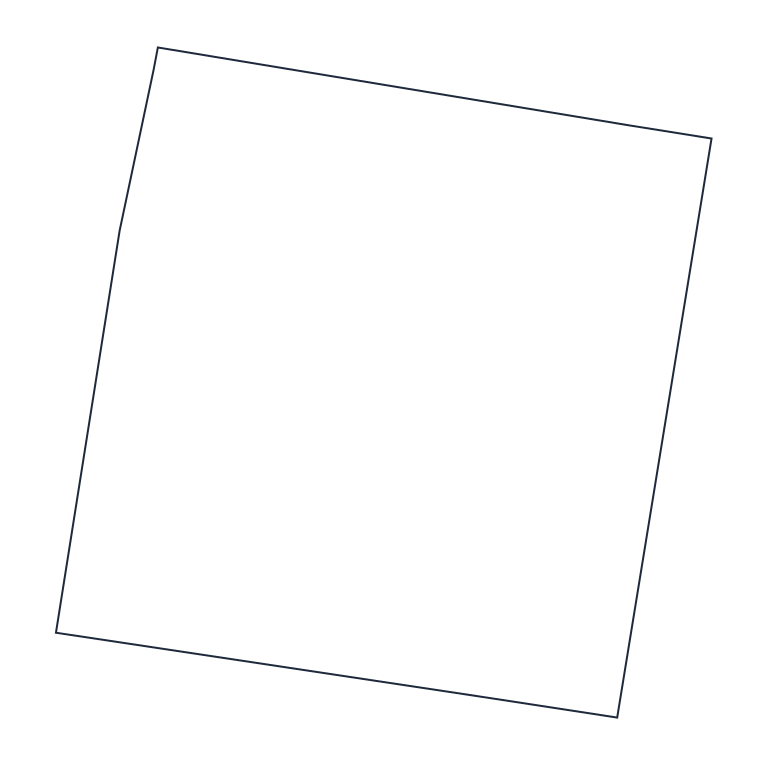 the district of DeKalb, Missouri, United States of America, rotated 279°
{"feature_id": "52423323B71692857350549", "entity_name": "DeKalb", "entity_type": "district", "adm_level": 2, "iso_a3": "USA", "parent_name": "United States of America", "parent_adm1": "Missouri", "projection": "equal_earth", "projection_center": [-94.355, 39.893], "detail": "fine", "context": "isolated", "style": "outline", "palette": "slate", "viewbox_px": 768, "rotation_deg": 279, "n_neighbors": 0, "source": "geoboundaries", "source_scale": "gbopen_adm2", "svg_char_len": 269}
<svg xmlns="http://www.w3.org/2000/svg" viewBox="0 0 768 768"><g transform="rotate(279 384 384)"><path d="M658.3,107.3L494.0,98.9L87.0,98.9L90.3,525.1L91.0,666.5L677.7,669.1L677.8,585.3L681.0,108.0L658.3,107.3Z" fill="none" stroke="#1e293b" stroke-width="2"/></g></svg>